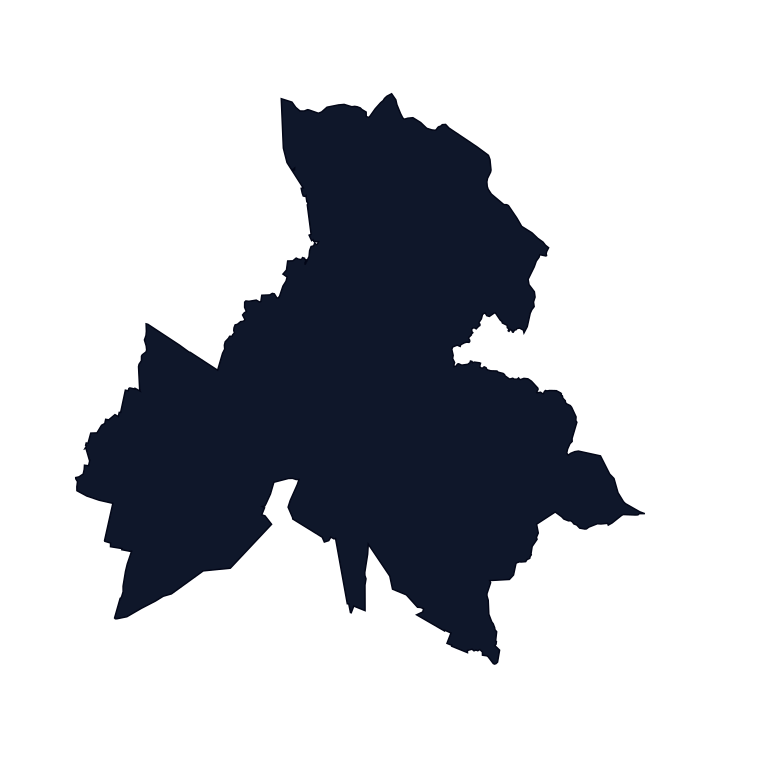 outline of Sayula, Jalisco, Mexico, rotated 192°
{"feature_id": "50627088B35146246473930", "entity_name": "Sayula", "entity_type": "district", "adm_level": 2, "iso_a3": "MEX", "parent_name": "Mexico", "parent_adm1": "Jalisco", "projection": "robinson", "projection_center": [-103.599, 19.857], "detail": "fine", "context": "isolated", "style": "filled", "palette": "ink", "viewbox_px": 768, "rotation_deg": 192, "n_neighbors": 0, "source": "geoboundaries", "source_scale": "gbopen_adm2", "svg_char_len": 6168}
<svg xmlns="http://www.w3.org/2000/svg" viewBox="0 0 768 768"><g transform="rotate(192 384 384)"><path d="M225.7,139.1L219.0,133.3L217.7,133.0L216.4,133.7L215.1,135.6L215.6,147.7L221.2,151.2L220.3,152.8L220.5,155.5L221.4,156.0L222.3,165.1L224.5,166.9L225.0,168.5L227.3,172.1L229.2,173.8L233.6,180.6L237.1,194.2L239.2,198.1L239.7,200.3L238.4,211.8L239.8,213.7L220.7,218.9L217.6,224.1L217.6,235.8L217.2,236.6L214.0,238.5L213.2,238.3L208.5,239.7L207.6,242.0L205.2,243.8L205.2,245.6L204.4,247.6L204.9,248.5L205.3,255.9L202.0,263.9L203.0,265.7L202.1,270.3L205.6,278.6L189.9,294.4L182.6,291.1L180.0,289.3L175.1,288.5L173.1,289.1L171.1,288.3L169.2,286.6L166.2,286.2L162.6,283.7L157.3,283.9L155.8,284.4L153.9,286.6L146.2,291.7L142.7,292.2L136.3,294.2L135.3,292.6L132.0,295.5L124.1,305.1L122.7,306.1L110.5,308.2L108.4,308.8L107.3,310.3L101.9,311.4L107.4,312.2L123.0,317.2L125.3,318.7L132.5,326.3L139.4,339.4L144.5,342.8L157.3,358.7L179.9,358.8L183.3,357.5L187.0,355.0L189.0,352.7L190.9,354.4L190.9,358.6L189.7,364.3L188.0,366.9L188.7,369.8L187.4,386.7L188.8,388.2L189.3,391.8L195.6,400.2L197.3,401.6L201.3,402.6L202.6,403.6L203.2,405.3L206.1,407.3L207.1,409.5L208.4,409.9L208.4,411.2L209.2,411.9L214.0,413.3L220.5,412.1L223.3,411.1L224.7,411.2L225.5,410.1L226.0,407.7L227.6,407.7L229.1,408.5L232.5,407.2L233.0,407.6L232.2,410.7L232.6,411.9L240.3,417.4L244.3,419.0L248.3,418.6L251.2,416.8L252.4,416.7L253.6,417.9L254.6,416.5L257.4,415.8L259.3,416.4L262.1,414.9L267.2,417.1L268.1,418.3L269.7,419.1L274.8,419.3L276.2,420.2L282.3,419.1L285.5,419.3L286.7,419.9L287.6,421.2L289.6,421.6L291.1,419.8L292.7,420.0L293.5,420.2L294.1,422.2L293.9,424.4L295.0,424.6L300.1,424.2L301.7,423.3L302.7,424.4L304.2,424.4L304.3,422.8L306.1,420.7L311.9,418.6L315.2,419.3L316.2,418.8L317.4,416.3L319.0,415.6L319.6,417.2L319.4,419.7L322.2,423.2L322.3,426.4L324.9,432.0L324.5,434.5L320.5,437.2L317.3,436.6L317.1,438.4L313.8,441.1L311.8,442.1L309.5,442.4L309.0,443.3L309.3,444.7L310.7,446.2L310.8,447.0L308.7,450.2L308.9,451.2L307.8,452.6L309.1,453.7L309.6,456.1L308.5,457.4L306.9,457.7L305.3,457.1L303.4,460.2L302.4,461.1L302.6,462.5L303.5,462.8L303.9,463.9L302.3,468.0L302.1,472.5L300.6,474.1L299.7,474.4L297.6,472.2L295.0,472.0L290.9,476.4L289.7,476.6L283.6,470.7L281.7,469.7L280.9,468.3L275.7,467.0L275.1,464.7L273.7,464.1L273.3,463.4L273.6,461.9L272.7,461.5L271.5,463.7L270.4,463.2L269.1,461.5L268.4,461.5L267.5,463.8L266.1,464.5L265.5,465.8L263.1,466.9L258.9,465.7L257.7,463.1L255.8,469.9L255.7,483.6L254.8,487.6L253.2,490.9L254.8,495.3L254.3,500.4L256.1,505.5L262.8,511.3L264.8,516.4L261.4,529.8L260.6,535.9L258.7,540.2L258.5,542.9L252.3,542.9L251.7,543.4L252.5,545.4L252.4,547.4L251.3,551.5L254.9,553.3L258.0,555.9L264.0,558.5L270.4,562.5L282.1,566.8L288.4,573.8L299.4,584.4L301.2,584.9L304.1,584.4L318.5,592.1L322.7,596.3L324.1,598.8L325.4,603.1L325.5,606.7L323.8,613.4L323.8,615.5L327.0,625.6L329.4,629.4L342.1,635.2L373.7,647.9L377.7,650.7L380.9,649.8L382.6,647.5L383.5,647.4L384.6,646.3L385.8,643.6L386.7,642.8L390.1,642.5L395.4,643.0L402.5,647.4L411.1,650.5L416.1,648.9L419.2,647.2L421.0,648.2L424.0,651.9L429.5,660.0L431.5,664.4L436.9,669.5L441.0,666.1L442.9,663.4L443.7,661.1L445.8,658.4L449.8,651.4L453.5,642.8L454.5,641.5L457.0,642.0L458.0,646.3L462.7,647.9L464.5,649.1L467.8,649.6L470.3,649.5L473.2,648.5L481.1,649.2L486.6,647.5L497.3,642.9L501.6,637.1L504.5,635.2L514.6,636.5L515.9,636.4L518.8,634.4L523.0,633.6L527.8,636.2L532.6,640.6L543.8,641.7L531.5,593.8L524.9,580.4L518.6,574.0L516.3,576.7L516.0,574.6L517.9,573.3L503.8,559.0L505.7,558.2L503.8,553.9L502.1,551.1L499.4,551.1L499.3,551.5L497.4,546.3L495.8,545.0L496.3,543.3L486.4,515.2L488.2,514.0L484.6,509.2L483.5,510.4L482.2,508.8L477.5,509.5L478.3,506.8L479.2,506.3L481.1,507.5L481.5,504.5L483.9,503.3L484.5,499.0L483.8,493.1L486.0,484.2L486.5,486.2L486.1,487.5L486.2,489.4L487.5,489.4L487.9,490.5L490.0,490.7L490.3,489.3L491.1,488.5L493.6,488.3L496.1,488.9L498.8,485.5L503.8,484.3L503.1,475.2L505.7,470.5L501.0,468.5L501.2,464.2L503.2,458.8L504.4,448.2L505.2,446.6L505.7,446.0L506.8,446.0L510.0,449.4L512.1,449.4L514.2,447.4L522.0,445.4L521.6,439.2L522.6,438.3L526.4,439.5L533.3,436.8L536.4,436.5L537.3,435.1L536.3,430.0L533.7,426.3L535.5,424.5L536.7,422.1L533.5,418.2L533.9,416.9L534.9,416.0L537.2,415.2L539.8,411.9L541.9,410.9L542.4,407.8L542.1,405.1L540.9,402.9L542.2,400.8L542.6,399.0L544.9,398.6L545.6,396.4L548.1,392.3L548.2,388.8L547.1,385.0L548.3,380.5L549.6,362.9L580.2,374.7L581.4,374.7L592.1,379.5L627.4,393.3L629.2,393.4L627.4,386.2L626.9,382.0L627.5,377.3L624.5,371.8L623.2,367.8L623.5,365.8L626.5,362.3L627.0,360.8L626.1,356.3L627.7,352.4L627.7,349.9L622.0,328.3L620.9,326.3L626.6,328.0L626.6,327.3L631.8,327.3L632.6,326.6L632.8,324.2L635.7,324.2L635.7,301.4L637.1,301.2L637.1,296.9L640.8,298.1L645.8,291.7L648.9,291.6L648.9,287.3L651.7,284.9L654.6,276.5L660.6,275.0L661.2,264.5L663.0,264.4L663.1,262.0L662.1,261.7L663.1,258.6L662.2,259.2L656.3,248.2L655.9,248.3L656.0,242.6L660.1,242.3L659.5,238.2L659.5,233.4L663.3,229.6L666.1,228.4L665.8,227.2L663.5,224.8L663.1,219.7L662.2,215.8L651.3,212.6L638.4,211.1L624.4,210.9L624.8,172.7L624.4,172.1L618.4,171.6L617.7,168.0L605.9,168.6L606.0,167.4L596.3,167.6L596.0,168.7L597.7,154.5L597.9,146.9L597.2,132.0L596.0,126.6L596.4,121.7L596.9,119.8L597.5,119.5L598.9,99.1L598.0,98.5L596.5,98.8L587.1,102.9L574.7,114.1L562.4,124.2L555.8,130.5L548.3,134.5L522.0,163.6L496.0,171.9L464.8,223.4L473.0,230.3L476.4,230.6L475.1,238.1L477.5,238.9L475.3,239.8L474.6,242.1L472.2,252.8L471.3,265.0L457.9,271.7L453.8,272.7L450.0,272.3L447.3,272.9L447.9,267.6L451.5,250.6L452.2,243.6L445.6,234.3L445.2,233.0L412.6,221.3L409.5,217.0L405.5,219.3L404.2,223.2L400.7,222.1L399.3,222.9L374.2,161.4L372.8,161.7L369.3,153.5L368.5,153.4L367.4,160.5L355.4,158.4L360.8,183.4L361.1,189.7L362.9,192.8L363.6,195.7L364.6,214.1L366.1,224.1L338.4,197.3L333.0,185.1L318.3,182.4L304.8,172.6L301.9,173.0L298.6,172.5L298.7,169.1L304.1,165.0L273.4,155.0L273.2,155.8L266.7,154.4L268.5,143.4L263.3,142.5L263.3,141.6L246.5,138.6L247.0,140.7L242.7,142.9L240.5,141.7L238.8,142.9L236.8,142.6L235.0,144.2L232.0,142.3L231.3,139.2L227.1,139.5L225.7,139.1Z" fill="#0f172a" stroke="#020617" stroke-width="1.5"/></g></svg>